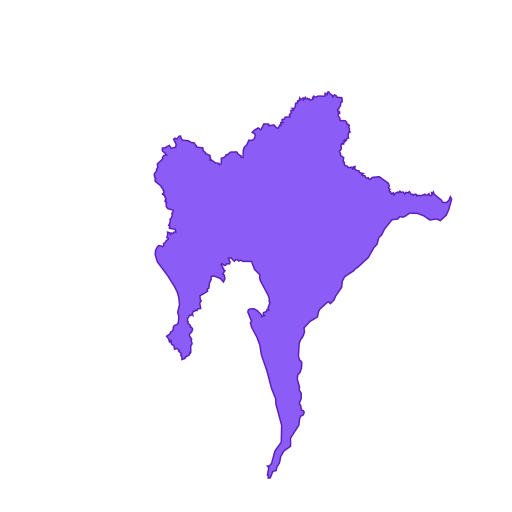 the district of Mueang Trat, Trat, Thailand, rotated 33°
{"feature_id": "78962969B49294102146766", "entity_name": "Mueang Trat", "entity_type": "district", "adm_level": 2, "iso_a3": "THA", "parent_name": "Thailand", "parent_adm1": "Trat", "projection": "albers", "projection_center": [102.588, 12.22], "detail": "fine", "context": "isolated", "style": "filled", "palette": "violet", "viewbox_px": 512, "rotation_deg": 33, "n_neighbors": 0, "source": "geoboundaries", "source_scale": "gbopen_adm2", "svg_char_len": 6121}
<svg xmlns="http://www.w3.org/2000/svg" viewBox="0 0 512 512"><g transform="rotate(33 256 256)"><path d="M227.6,78.7L226.8,79.7L227.7,82.0L225.4,81.9L226.7,84.5L220.9,88.1L219.4,90.5L217.3,90.5L217.2,92.6L218.6,93.2L216.7,95.8L215.3,95.1L214.5,96.2L213.2,95.7L211.9,97.0L210.9,96.2L210.9,99.2L209.5,97.8L208.1,100.7L206.7,99.7L207.6,102.7L206.4,103.2L207.4,105.1L206.1,106.3L207.9,110.3L207.4,111.6L205.9,112.5L207.8,112.8L207.9,113.5L206.0,114.9L207.5,116.7L207.1,119.4L208.6,120.9L204.9,123.6L205.2,126.0L203.5,127.2L204.6,129.0L206.0,129.3L204.1,130.7L206.0,132.8L204.7,133.0L204.9,136.9L203.4,137.3L199.6,136.3L195.6,140.0L194.8,138.5L190.7,140.9L191.4,147.5L188.0,147.4L185.9,151.8L185.5,154.4L188.8,154.2L190.4,156.8L190.5,159.5L189.5,161.4L186.9,162.8L187.8,167.9L186.9,171.1L187.9,174.6L191.5,180.4L189.3,181.3L188.8,180.1L185.8,180.4L183.2,179.2L178.1,182.7L176.8,186.9L175.8,187.4L176.4,188.0L175.5,190.8L173.7,192.9L176.7,197.8L175.5,199.5L174.4,198.5L171.5,200.0L166.1,199.7L165.8,200.6L165.0,200.6L164.6,198.6L163.1,197.9L162.7,196.7L157.9,197.6L157.4,196.8L154.5,196.6L152.5,194.3L146.7,197.1L146.3,196.3L142.2,194.8L140.0,196.1L136.7,196.1L131.4,198.8L129.5,198.4L127.5,196.6L126.5,197.0L125.8,201.0L123.9,201.3L123.3,202.9L128.1,205.8L129.4,208.4L126.4,211.8L123.0,210.5L120.6,215.1L118.7,216.4L120.0,218.7L126.0,219.9L123.9,222.0L124.0,224.6L124.9,225.6L123.1,232.5L125.4,235.3L125.4,237.7L126.3,238.6L126.0,242.7L128.3,245.3L129.7,245.6L129.8,247.2L130.9,248.3L138.4,249.1L139.3,250.0L141.5,250.3L142.4,251.6L143.2,251.4L144.2,253.0L143.7,255.6L144.5,254.5L145.8,255.3L146.5,254.9L147.7,256.4L149.5,256.8L149.4,258.6L150.3,259.0L149.7,260.2L151.0,259.3L151.8,259.7L151.8,260.7L154.1,263.6L156.4,264.3L161.3,262.7L162.2,263.1L162.2,266.0L163.8,267.7L164.3,270.8L163.8,271.9L165.4,273.9L166.2,277.8L166.9,277.3L168.3,279.9L173.7,277.6L175.7,279.5L174.3,280.6L174.1,282.1L172.9,282.6L172.6,284.3L171.5,283.4L168.8,284.2L170.3,286.1L171.2,289.1L172.7,288.8L173.4,289.9L172.3,291.9L172.7,293.8L171.7,296.0L172.9,297.3L172.8,298.8L169.0,300.0L168.3,301.8L168.7,306.1L170.7,309.7L176.4,314.6L192.4,320.5L204.1,325.9L209.8,329.3L213.6,332.6L218.3,338.4L221.0,345.9L224.3,348.9L227.3,354.6L227.0,356.7L225.4,358.6L225.3,360.2L227.0,364.0L225.8,366.3L226.3,368.0L224.7,372.0L227.9,373.1L229.6,374.6L230.4,373.5L230.6,374.9L231.7,373.8L232.5,375.6L233.8,376.1L235.8,375.7L238.4,378.6L240.1,376.6L243.2,377.0L243.0,377.9L246.6,378.6L247.0,380.3L249.2,381.2L250.2,383.2L251.9,381.1L252.3,379.6L251.8,379.0L253.9,375.6L253.4,374.6L253.9,373.7L253.0,372.8L253.7,372.3L250.2,366.9L250.2,364.4L247.5,362.0L247.4,360.8L243.7,359.2L242.8,358.0L243.4,354.5L242.7,351.8L240.7,350.9L239.8,351.5L238.7,350.0L235.1,349.3L235.0,348.1L233.9,347.8L232.6,345.6L232.8,341.4L233.7,341.3L234.1,340.0L235.3,340.2L233.7,338.3L233.6,336.2L234.6,335.8L235.1,334.1L236.2,333.9L235.9,332.2L238.2,330.1L234.6,326.4L234.4,323.3L233.5,323.3L230.6,320.1L234.6,311.9L233.1,310.4L234.0,308.6L231.6,303.9L231.3,300.4L229.5,297.6L231.8,295.6L238.4,294.3L242.9,295.5L242.2,291.8L239.6,289.2L237.8,289.3L238.0,285.3L236.9,285.6L235.9,284.3L234.5,284.3L234.2,283.4L231.4,282.3L231.4,281.0L234.8,281.1L235.6,280.4L235.5,278.7L238.1,276.9L237.5,275.1L234.0,272.9L235.9,271.2L240.7,272.2L241.2,270.1L242.6,269.0L244.0,269.8L245.6,267.7L247.8,267.7L255.3,263.0L262.0,268.0L269.6,269.7L270.9,272.4L273.4,274.5L287.7,282.4L290.6,284.7L291.8,287.1L293.0,287.2L294.2,292.4L296.0,294.4L294.4,294.7L295.0,297.0L293.1,299.4L293.7,300.9L295.5,301.5L293.7,303.9L293.1,302.7L287.2,301.1L282.9,301.4L279.6,303.9L278.9,305.4L279.7,307.5L287.9,313.2L287.6,315.0L291.2,318.2L301.0,323.6L307.5,328.4L314.3,335.9L327.5,346.2L341.0,358.5L350.2,365.0L353.3,369.3L369.7,384.0L378.6,398.4L378.1,409.3L382.0,421.4L381.6,424.8L380.0,425.9L382.1,426.7L384.8,433.5L386.2,433.5L387.0,435.5L388.2,435.0L388.8,434.2L387.4,427.4L389.8,425.0L388.4,421.5L388.4,416.9L385.9,410.6L385.6,404.3L388.6,396.8L384.1,389.8L384.1,374.6L381.0,368.3L380.8,365.8L382.2,363.5L381.6,360.9L379.9,359.9L378.1,360.5L374.6,356.8L372.6,356.2L371.6,351.1L368.6,346.4L365.3,345.0L363.8,342.1L357.6,336.7L355.8,333.0L356.3,329.6L355.2,325.3L352.6,320.6L351.0,319.6L349.7,319.8L346.2,317.0L340.0,306.1L339.0,302.5L339.2,298.2L338.2,293.5L335.4,290.1L336.9,281.5L340.7,273.7L338.7,268.5L338.5,265.7L341.0,256.1L341.8,254.9L344.3,255.5L345.4,250.4L344.6,246.3L344.9,235.7L342.1,230.1L341.6,225.0L346.0,215.1L346.3,211.8L347.3,210.6L351.0,196.3L350.3,184.7L351.1,180.3L348.9,173.4L349.9,170.1L349.1,163.3L350.3,151.5L354.7,147.8L355.2,144.6L357.9,143.5L359.2,141.9L361.6,136.2L368.3,132.3L374.9,130.9L382.2,131.1L387.4,126.5L391.3,126.0L393.3,118.2L392.4,112.3L389.2,101.9L386.7,100.5L387.4,104.0L386.8,107.3L383.1,109.5L381.3,108.2L372.0,107.2L369.8,105.7L370.0,107.2L368.8,107.3L370.4,108.9L369.9,110.0L368.8,110.6L367.2,109.5L366.4,111.6L365.1,112.8L363.9,112.2L361.1,116.2L359.8,116.2L358.2,118.0L357.4,117.0L355.7,117.5L355.0,119.6L353.8,118.9L352.5,119.8L349.5,118.5L349.2,120.2L347.1,120.9L347.0,122.9L344.5,122.2L342.8,123.7L341.4,123.2L341.3,125.0L340.1,125.1L338.4,128.1L338.5,129.7L337.1,129.4L336.7,128.4L335.7,130.2L333.9,128.9L333.0,129.4L331.7,128.0L332.1,127.2L329.7,126.5L329.8,124.8L327.3,122.9L316.1,122.4L311.0,126.5L309.6,130.1L307.6,129.3L307.2,130.1L304.9,130.4L303.5,129.4L301.0,130.5L300.2,130.0L300.9,128.5L297.6,129.6L295.9,128.5L294.2,129.4L291.4,129.3L290.3,127.0L289.1,128.3L290.1,129.3L289.7,130.4L287.7,129.5L285.4,131.6L283.5,131.0L281.4,131.6L279.6,130.6L279.3,129.5L277.4,129.1L276.0,125.8L271.9,125.6L271.2,124.1L269.1,123.1L269.3,119.8L266.4,116.1L267.2,115.6L266.9,114.3L268.5,114.4L267.9,113.0L268.6,110.4L267.1,111.0L269.3,106.5L267.6,104.9L266.6,102.1L267.4,100.7L266.2,100.4L265.1,98.4L263.6,97.5L263.2,95.8L261.9,95.3L260.8,96.1L259.1,94.4L257.0,94.0L252.8,96.6L251.1,94.6L248.3,93.5L247.7,91.6L248.5,90.8L247.8,89.9L246.7,90.3L246.7,89.5L245.8,90.1L244.6,88.9L245.4,87.3L244.6,86.2L245.1,84.2L243.6,81.3L244.2,79.5L241.8,76.5L237.1,78.9L236.0,77.9L234.1,78.0L233.8,80.8L232.6,79.7L229.5,79.7L227.6,78.7Z" fill="#8b5cf6" stroke="#5b21b6" stroke-width="1.5"/></g></svg>